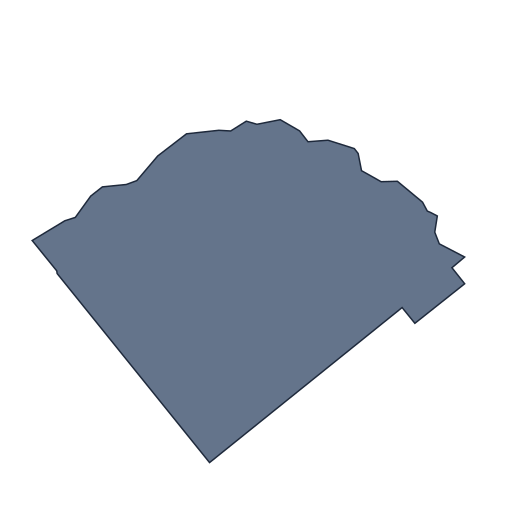 Saunders, Nebraska, United States of America (Natural Earth projection), rotated 321°
{"feature_id": "52423323B480079355264", "entity_name": "Saunders", "entity_type": "district", "adm_level": 2, "iso_a3": "USA", "parent_name": "United States of America", "parent_adm1": "Nebraska", "projection": "natural_earth1", "projection_center": [-96.529, 41.234], "detail": "fine", "context": "isolated", "style": "filled", "palette": "slate", "viewbox_px": 512, "rotation_deg": 321, "n_neighbors": 0, "source": "geoboundaries", "source_scale": "gbopen_adm2", "svg_char_len": 622}
<svg xmlns="http://www.w3.org/2000/svg" viewBox="0 0 512 512"><g transform="rotate(321 256 256)"><path d="M89.9,387.3L260.8,387.8L337.1,388.0L337.1,408.3L400.7,408.9L400.9,388.4L417.5,388.1L406.1,361.9L409.9,350.0L422.1,339.0L419.1,332.1L417.4,328.9L419.3,319.0L412.9,286.9L400.0,277.0L391.7,256.1L399.9,240.6L400.0,234.4L384.8,211.3L368.3,199.9L368.6,186.2L360.6,165.3L339.6,154.2L333.3,145.1L315.0,142.9L306.2,134.9L278.9,117.3L242.6,116.4L210.8,122.4L200.2,118.8L180.1,105.6L165.3,105.4L139.9,112.3L129.6,108.3L91.8,103.1L91.8,142.2L90.4,144.5L89.9,387.3Z" fill="#64748b" stroke="#1e293b" stroke-width="1.5"/></g></svg>